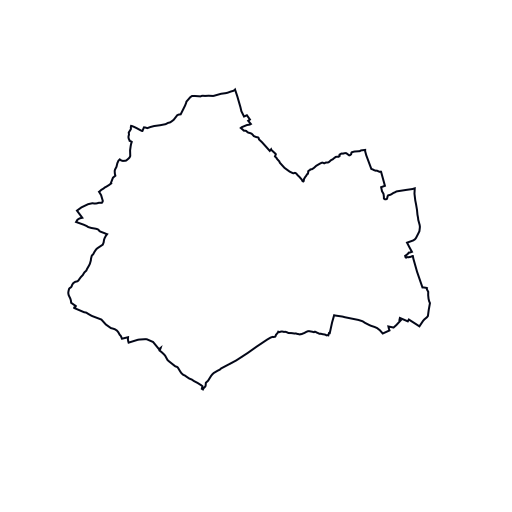 Botosana, Suceava, Romania, rotated 116°
{"feature_id": "2599482B9355615521199", "entity_name": "Botosana", "entity_type": "district", "adm_level": 2, "iso_a3": "ROU", "parent_name": "Romania", "parent_adm1": "Suceava", "projection": "albers", "projection_center": [25.936, 47.686], "detail": "fine", "context": "isolated", "style": "outline", "palette": "ink", "viewbox_px": 512, "rotation_deg": 116, "n_neighbors": 0, "source": "geoboundaries", "source_scale": "gbopen_adm2", "svg_char_len": 6118}
<svg xmlns="http://www.w3.org/2000/svg" viewBox="0 0 512 512"><g transform="rotate(116 256 256)"><path d="M379.1,401.6L380.0,396.0L381.0,396.0L382.0,396.8L382.3,397.5L382.4,396.0L381.9,385.9L381.3,383.7L381.6,381.2L381.8,378.0L381.8,377.0L380.9,367.1L383.4,360.9L384.4,354.8L384.0,352.9L383.7,350.8L384.0,348.3L384.9,346.3L386.6,343.9L386.9,342.9L387.4,342.1L389.1,340.2L385.1,335.4L386.9,334.7L388.6,333.5L389.7,332.5L383.3,325.7L382.4,324.5L379.2,318.9L378.7,317.6L378.4,310.8L382.3,302.3L380.4,301.4L381.1,301.3L382.1,301.3L382.8,301.5L383.2,301.4L383.8,298.6L384.7,295.7L385.4,294.0L388.3,289.9L388.8,288.1L390.5,280.5L390.5,279.7L390.3,278.6L390.4,277.7L390.8,276.9L393.0,273.5L394.0,271.7L394.7,269.3L394.6,267.6L395.0,265.2L395.4,262.3L395.2,259.5L395.6,257.0L395.7,252.9L396.2,248.5L396.5,247.1L397.4,246.7L398.3,246.7L399.1,246.5L399.2,245.2L398.0,245.2L395.6,244.4L394.8,244.4L391.9,245.5L389.1,244.4L383.4,243.8L381.6,243.4L379.7,242.7L375.9,240.2L374.0,238.7L372.4,238.1L358.7,228.1L346.9,221.0L337.0,215.6L326.2,209.3L322.9,207.1L321.4,205.6L321.2,204.8L320.1,203.4L319.1,203.3L318.1,203.5L315.4,202.8L314.3,202.8L314.3,201.8L312.8,200.2L312.2,198.8L312.1,198.0L311.2,196.2L311.0,194.7L311.0,193.1L309.7,190.2L308.7,187.1L308.4,186.8L308.2,186.3L308.0,185.6L308.0,184.9L307.7,184.1L307.3,182.2L306.5,181.4L306.3,180.9L305.8,180.4L305.5,180.2L304.0,178.8L302.1,177.5L300.8,176.3L300.3,175.4L299.4,172.2L299.1,170.6L298.9,170.3L298.2,169.9L298.1,169.1L298.2,167.7L298.1,167.0L298.1,165.0L297.9,164.3L297.5,163.9L297.0,161.5L296.6,160.4L296.3,159.0L296.4,158.4L296.4,157.8L295.7,156.9L295.6,156.2L293.2,156.6L293.0,155.9L282.3,158.5L275.0,159.8L274.8,158.8L272.5,151.6L272.1,149.4L268.6,136.0L268.0,132.1L268.0,130.8L268.3,129.1L268.4,123.7L268.3,121.9L267.8,118.3L267.7,115.5L268.0,114.2L268.4,112.2L270.1,108.1L264.4,103.4L262.7,105.0L261.3,106.1L260.0,101.0L256.6,99.6L250.6,97.8L250.7,99.0L248.6,99.5L248.2,90.9L246.1,90.8L247.1,82.2L247.6,78.3L241.0,77.4L239.2,76.9L236.1,75.5L234.5,75.2L228.8,77.1L222.1,79.0L220.8,80.5L218.9,82.1L215.7,84.1L212.7,85.5L211.2,87.6L210.5,88.2L209.9,88.3L210.0,89.1L210.7,91.3L211.3,92.6L199.5,104.4L189.3,113.5L187.3,115.0L187.5,115.4L188.5,116.2L189.2,116.9L189.7,117.7L190.2,118.2L190.5,119.1L191.1,120.1L191.7,120.4L191.6,121.0L190.5,122.0L188.9,121.1L187.3,120.4L186.0,120.2L185.6,119.4L183.9,117.7L181.0,121.8L177.8,126.1L173.2,121.6L171.6,120.6L170.7,120.3L169.5,120.1L164.4,120.0L162.1,120.0L158.9,121.1L157.9,121.5L156.4,122.5L152.4,126.0L150.5,127.2L148.1,129.0L144.0,131.5L139.4,134.8L136.1,137.3L130.5,140.9L125.6,143.0L127.2,144.7L130.5,149.6L136.2,157.8L137.0,158.5L138.1,159.2L139.0,160.1L141.2,161.4L142.4,162.4L143.5,163.8L144.7,163.9L146.2,163.5L147.3,163.4L148.1,164.1L148.5,165.1L148.3,166.2L146.4,167.2L144.2,168.7L142.6,171.1L139.3,173.7L136.4,170.9L125.6,180.4L125.4,180.6L125.5,180.9L126.2,181.9L126.2,182.2L126.3,184.8L126.9,185.9L127.1,187.9L127.0,188.7L127.1,189.7L127.2,190.5L117.1,201.1L113.9,203.9L112.8,204.4L114.8,207.5L115.3,208.1L116.3,208.7L119.0,213.4L120.8,215.4L121.3,215.5L122.9,215.1L124.1,215.7L124.5,216.0L124.7,216.5L124.1,219.5L124.1,220.3L124.7,221.3L125.2,222.0L125.9,222.7L126.2,223.7L126.7,224.3L128.2,225.3L128.8,225.3L129.2,224.8L129.7,224.7L130.7,225.4L131.2,226.6L132.1,227.9L132.9,228.2L134.4,229.0L135.3,229.3L137.0,230.6L139.5,231.6L140.4,232.3L141.4,234.2L142.8,235.3L142.9,237.0L143.0,237.3L143.5,237.9L144.9,239.0L148.5,241.4L151.3,242.5L153.3,243.6L154.4,245.1L155.3,245.3L156.1,245.9L156.7,246.2L157.3,246.1L157.8,245.8L159.3,245.4L160.0,245.9L162.2,246.1L163.4,246.4L165.7,246.6L167.8,246.0L168.3,246.2L168.3,247.0L167.3,248.3L165.8,251.8L165.2,253.8L164.3,255.8L164.1,256.9L164.3,257.6L165.2,258.5L165.4,259.4L165.4,262.8L164.3,269.0L161.7,275.5L160.7,276.6L160.4,277.5L159.5,279.7L159.0,280.3L158.2,282.6L157.9,282.6L157.0,282.7L156.1,282.7L155.6,283.1L153.9,288.8L153.5,289.2L155.5,289.7L151.1,300.5L149.9,304.4L148.9,305.2L148.5,306.1L149.0,307.9L149.2,310.5L148.4,312.3L148.0,313.6L148.1,315.2L148.4,316.5L148.5,317.7L147.9,319.6L148.1,320.5L148.7,322.0L148.3,323.0L147.6,325.8L146.5,325.3L142.3,321.6L140.6,319.2L139.6,318.5L137.9,322.3L136.0,321.3L133.5,325.9L135.9,327.9L132.3,332.6L129.1,335.2L120.8,342.7L115.6,347.8L116.3,348.0L117.6,348.9L119.2,350.7L121.7,353.1L122.9,354.6L125.5,358.5L130.6,364.2L131.1,365.0L132.7,368.8L134.5,372.0L135.2,373.8L135.8,374.9L136.9,375.9L139.1,381.4L140.3,383.7L142.1,384.7L147.7,386.2L149.2,385.9L152.0,385.7L161.7,385.8L162.8,387.5L164.0,388.5L169.7,389.7L172.1,390.9L173.6,391.8L174.9,393.4L177.1,395.0L180.5,399.5L183.9,404.6L186.4,407.5L188.7,409.7L189.1,412.1L189.5,413.1L193.4,412.9L193.6,413.4L193.6,415.0L193.4,419.3L193.4,422.1L193.6,424.6L193.8,425.3L195.3,424.9L196.1,424.4L196.8,424.1L198.0,424.2L200.8,424.5L202.7,423.3L203.7,423.2L205.0,422.8L206.4,421.8L207.1,420.8L207.9,420.1L207.8,418.3L207.9,417.7L210.0,417.4L211.9,416.9L216.2,415.5L221.0,413.0L221.7,412.8L223.2,412.9L225.1,413.6L227.2,414.6L227.6,415.1L228.9,417.3L229.1,418.2L229.2,419.2L228.9,420.8L230.7,421.4L233.4,421.3L237.0,420.5L240.0,420.6L241.5,420.3L243.8,419.0L245.5,417.6L248.3,418.9L254.1,418.4L254.3,418.0L256.6,419.2L259.3,420.9L260.6,421.9L262.2,422.6L264.3,424.0L266.8,425.0L267.1,425.2L269.2,421.9L273.7,417.8L274.9,417.7L275.8,417.9L277.0,420.5L278.6,422.3L279.6,424.0L280.3,426.2L283.0,429.6L288.8,434.2L293.7,436.8L297.8,428.9L299.5,431.0L300.7,431.8L301.8,432.4L304.3,432.6L303.4,424.5L303.3,421.1L303.5,420.2L303.5,419.3L303.0,416.3L301.7,411.9L301.4,410.1L301.5,409.1L302.2,407.6L302.3,406.6L301.9,402.4L301.8,400.3L301.7,399.4L303.6,399.8L306.2,399.9L308.0,399.7L310.6,398.9L313.0,398.7L318.1,401.7L319.5,402.4L320.9,402.7L323.0,403.0L325.9,403.1L327.4,403.7L327.9,403.7L330.8,403.1L332.4,402.5L335.8,401.9L337.8,401.9L341.8,402.2L343.5,402.1L345.8,403.0L347.2,403.2L349.0,403.3L351.8,404.2L354.0,404.6L355.9,404.9L357.0,405.4L358.5,407.2L359.7,407.9L360.7,408.4L362.7,408.6L364.3,408.4L365.2,408.6L366.6,409.4L367.3,409.6L369.0,409.3L370.9,408.8L372.2,408.1L373.4,407.1L375.7,404.2L377.1,402.9L379.1,401.6Z" fill="none" stroke="#020617" stroke-width="2"/></g></svg>